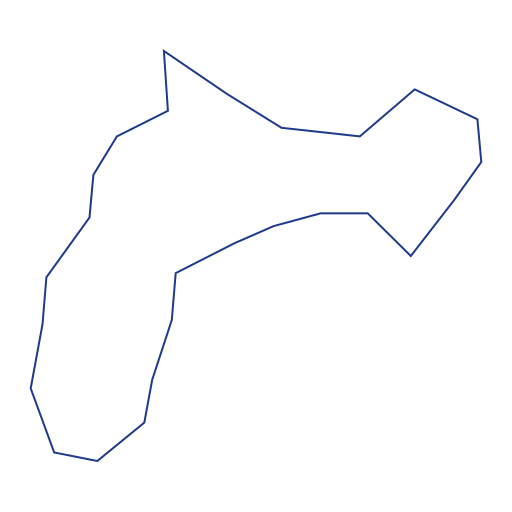 Episkopeio, Nicosia, Cyprus (Equal Earth projection)
{"feature_id": "46923920B68080164280188", "entity_name": "Episkopeio", "entity_type": "district", "adm_level": 2, "iso_a3": "CYP", "parent_name": "Cyprus", "parent_adm1": "Nicosia", "projection": "equal_earth", "projection_center": [33.228, 35.035], "detail": "fine", "context": "isolated", "style": "outline", "palette": "blue", "viewbox_px": 512, "rotation_deg": 0, "n_neighbors": 0, "source": "geoboundaries", "source_scale": "gbopen_adm2", "svg_char_len": 441}
<svg xmlns="http://www.w3.org/2000/svg" viewBox="0 0 512 512"><path d="M477.4,119.3L414.7,89.4L359.8,136.4L281.5,127.8L226.6,93.7L163.9,51.0L167.9,110.8L116.9,136.4L93.4,174.8L89.5,217.5L46.4,277.3L42.5,324.3L30.7,388.4L54.2,452.5L97.3,461.0L144.3,422.6L152.2,379.8L171.8,320.0L175.7,273.1L234.5,243.2L273.6,226.1L320.7,213.3L367.7,213.3L410.8,256.0L453.9,200.4L481.3,162.0L477.4,119.3Z" fill="none" stroke="#1e3a8a" stroke-width="2"/></svg>